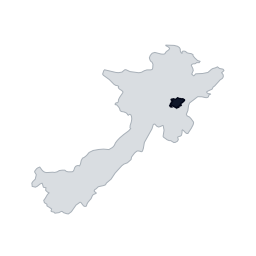 Viengkham, Louangphrabang, Laos (highlighted), rotated 82°
{"feature_id": "54806243B97421577673591", "entity_name": "Viengkham", "entity_type": "district", "adm_level": 2, "iso_a3": "LAO", "parent_name": "Laos", "parent_adm1": "Louangphrabang", "projection": "natural_earth1", "projection_center": [103.07, 20.384], "detail": "fine", "context": "in_parent", "style": "filled", "palette": "ink", "viewbox_px": 256, "rotation_deg": 82, "n_neighbors": 0, "source": "geoboundaries", "source_scale": "gbopen_adm2", "svg_char_len": 5669}
<svg xmlns="http://www.w3.org/2000/svg" viewBox="0 0 256 256"><g transform="rotate(82 128 128)"><path d="M92.1,27.8L93.2,30.1L98.4,36.3L99.3,38.0L101.2,39.3L102.9,44.8L103.5,45.1L104.4,44.7L105.1,43.9L105.6,41.8L106.0,41.6L106.6,43.3L108.0,43.9L108.7,44.6L108.9,45.9L108.6,47.3L107.4,50.4L106.7,54.6L111.8,63.6L113.9,64.8L119.1,66.3L122.5,68.3L124.2,67.8L125.7,65.6L127.5,64.3L131.0,62.4L132.0,62.3L133.9,63.1L137.0,65.3L141.8,69.5L141.6,70.6L140.7,71.7L138.2,73.4L137.4,74.4L137.9,74.8L140.0,75.1L142.5,76.0L143.3,77.1L143.7,79.6L144.1,80.1L146.4,79.8L147.1,80.2L148.0,81.0L148.8,83.1L148.8,84.6L146.5,87.4L146.2,89.0L145.1,90.9L141.9,94.2L141.1,94.4L135.2,92.6L130.6,92.8L130.3,93.5L131.0,95.5L131.3,97.5L130.5,99.0L127.9,100.9L127.8,101.7L128.3,102.6L132.2,104.4L144.6,113.8L150.2,115.6L152.7,116.8L153.3,117.5L153.3,118.3L152.7,119.3L152.1,121.2L152.1,122.3L152.7,123.4L153.7,125.0L157.2,128.5L159.7,129.4L162.4,133.5L163.2,137.1L164.5,139.4L170.9,147.1L176.3,151.9L179.5,157.0L181.1,158.2L181.6,160.1L182.0,165.5L183.9,168.2L184.3,169.3L185.1,170.1L186.0,170.2L187.9,168.5L188.3,168.7L189.1,171.6L189.9,172.6L192.8,174.4L195.8,177.8L197.4,179.1L199.5,180.1L199.7,181.1L199.4,182.3L198.7,183.0L195.2,185.0L194.8,185.8L197.1,190.2L203.0,195.7L204.8,199.0L204.4,200.5L202.8,203.7L201.6,204.6L201.3,205.6L202.2,208.2L202.2,212.2L201.0,213.1L200.0,215.6L199.3,215.7L197.5,214.9L193.8,219.1L192.2,218.9L190.3,221.2L187.9,221.5L186.2,219.8L182.6,217.0L181.3,215.2L180.2,216.7L178.3,218.2L175.7,217.6L175.0,219.8L174.5,220.1L171.3,220.5L170.7,220.8L171.2,222.8L173.1,226.0L173.7,227.9L172.5,231.0L169.2,230.9L167.7,229.6L165.8,227.0L161.5,225.3L158.7,226.5L157.8,226.4L155.7,224.3L154.9,222.8L154.4,220.8L157.6,219.1L159.3,217.8L160.3,216.4L160.8,214.9L161.3,208.8L161.8,206.7L161.5,204.1L160.6,202.0L160.6,198.9L161.0,196.4L162.3,195.2L163.1,193.4L163.6,189.3L163.2,188.3L162.0,187.3L160.0,186.4L158.7,185.2L158.2,183.7L158.2,182.5L158.8,181.4L157.3,180.2L153.6,178.8L151.5,177.2L151.0,175.4L149.5,172.9L146.8,169.9L145.4,165.6L145.2,159.9L145.5,155.2L146.7,149.9L145.1,146.0L143.4,144.0L141.0,142.5L138.8,140.3L136.6,137.5L134.0,133.4L131.0,127.9L129.0,125.4L128.0,126.0L125.8,125.5L122.5,123.9L119.6,123.0L117.1,122.9L115.5,123.3L114.8,124.1L114.7,124.9L115.4,125.8L115.0,126.4L113.7,126.9L112.7,127.8L111.5,129.8L110.7,132.4L109.5,133.4L107.6,133.6L105.8,134.4L103.9,135.7L103.1,136.6L103.2,137.3L102.8,137.5L101.9,137.1L101.4,136.2L101.5,134.8L100.6,133.9L98.7,133.5L96.5,132.0L92.3,128.2L91.4,128.0L90.0,129.0L88.2,131.1L86.8,132.0L85.6,131.5L84.7,132.3L84.1,134.2L82.9,135.7L77.4,139.8L72.3,145.1L71.1,145.6L68.0,144.1L67.1,143.1L71.3,132.3L71.9,129.7L71.8,126.2L70.0,123.3L69.9,122.5L70.2,121.6L72.4,118.2L74.8,109.6L74.7,106.9L73.6,104.0L73.1,101.2L73.6,97.4L73.4,95.9L72.2,95.2L68.4,94.4L66.2,95.0L65.2,96.1L63.9,96.7L61.5,97.1L59.2,95.8L57.3,93.6L56.9,90.9L59.3,85.1L59.8,82.9L59.8,81.9L59.4,80.8L58.8,80.6L57.6,79.3L56.4,76.9L55.3,75.8L54.3,76.0L53.3,76.9L51.7,79.1L51.2,78.9L52.6,70.9L54.0,67.5L55.5,65.9L57.2,65.3L58.9,65.5L60.4,65.2L61.5,64.4L61.4,63.9L60.1,63.8L59.5,62.9L59.8,61.2L60.4,60.1L61.4,59.6L62.3,57.9L63.2,55.0L64.3,53.5L65.6,53.5L67.8,52.2L70.9,49.7L72.0,47.4L73.2,48.5L72.8,51.2L73.4,51.8L73.7,52.8L73.5,54.3L73.8,55.6L74.2,56.3L74.9,56.6L78.2,55.5L80.2,55.4L83.5,57.4L85.4,55.9L85.4,55.3L83.8,53.4L84.4,46.4L84.1,41.1L81.5,37.2L80.9,35.6L80.6,33.1L79.9,30.9L81.8,29.1L82.9,25.8L84.2,25.0L84.7,25.2L86.3,27.6L88.4,26.4L90.0,26.4L91.3,27.0L92.1,27.8Z" fill="#d9dde1" stroke="#a8b0b8" stroke-width="1"/><path d="M114.6,77.2L114.5,76.9L114.5,76.6L114.4,76.5L114.4,76.4L114.5,76.4L114.4,76.3L114.4,76.2L114.2,76.1L114.1,75.9L114.3,75.7L114.4,75.4L114.4,75.2L114.5,75.2L114.4,74.8L114.2,74.8L114.0,74.7L113.9,74.7L113.9,74.8L113.8,74.7L113.7,74.7L113.5,74.4L113.4,74.3L113.3,74.2L113.2,74.1L112.9,73.9L113.0,73.7L113.3,73.4L113.3,73.2L113.2,72.9L113.1,72.6L113.1,72.4L112.9,72.2L112.8,72.3L112.6,72.3L112.5,72.5L112.3,72.5L112.1,72.6L111.9,72.4L111.6,72.4L111.4,72.5L111.3,72.4L111.1,72.2L110.9,71.9L110.7,71.7L110.5,71.3L110.5,71.2L110.4,70.7L110.1,70.4L109.8,70.0L109.7,69.8L109.7,69.7L109.5,69.4L109.4,69.3L109.2,69.3L109.1,69.2L109.0,68.9L108.8,68.5L108.7,68.4L108.4,68.3L108.3,68.2L108.2,68.2L107.9,68.2L107.8,68.3L107.7,68.4L107.7,68.5L107.5,68.9L107.4,69.0L107.2,69.2L107.1,69.3L106.9,69.4L106.9,69.5L106.7,69.9L106.7,70.0L106.7,70.3L106.7,70.5L106.7,70.8L106.6,71.0L106.6,71.3L106.4,71.6L106.3,72.0L106.1,72.3L106.1,72.6L106.1,72.8L106.0,73.0L105.9,73.3L105.6,73.9L105.2,74.3L105.0,74.6L105.2,75.0L105.4,75.3L105.8,75.8L106.0,76.1L106.2,76.9L106.2,77.6L105.6,78.5L105.4,79.3L105.5,79.4L105.6,79.5L105.7,79.8L105.7,80.0L105.7,80.3L105.7,80.6L105.6,80.8L105.6,81.0L105.9,81.2L106.0,81.3L106.3,81.2L106.5,81.1L106.6,80.9L106.6,80.7L106.8,80.5L106.8,80.3L107.0,80.2L107.3,79.9L107.5,79.9L107.6,80.0L107.9,80.3L108.0,80.4L108.1,80.6L108.2,80.8L108.2,81.0L108.3,81.3L108.5,81.3L108.8,81.3L109.0,81.4L109.1,81.6L109.3,81.5L109.5,81.9L109.8,81.9L110.0,82.0L110.0,82.3L110.0,82.5L110.3,82.6L110.5,82.7L110.8,82.5L111.0,82.7L110.9,82.8L111.2,83.0L111.3,83.0L111.4,83.4L111.5,83.5L111.7,83.4L111.8,83.3L112.0,83.3L112.3,83.3L112.5,83.2L112.8,83.0L112.8,82.9L112.9,82.7L113.0,82.5L113.1,82.2L112.9,82.3L112.8,82.2L112.7,82.2L112.5,81.9L112.6,81.7L112.4,81.5L112.4,81.4L112.2,81.3L112.1,81.2L111.9,81.1L111.9,80.9L112.0,80.7L112.3,80.5L112.3,80.4L112.4,80.2L112.5,80.1L112.7,79.9L112.8,79.8L112.9,79.7L113.1,79.7L113.3,79.4L113.2,79.2L113.3,79.1L113.5,79.0L113.6,78.9L113.7,78.7L113.8,78.5L113.9,78.4L114.0,78.2L114.2,77.9L114.3,77.8L114.3,77.7L114.4,77.4L114.5,77.4L114.5,77.2L114.6,77.2Z" fill="#0f172a" stroke="#020617" stroke-width="1.5"/></g></svg>